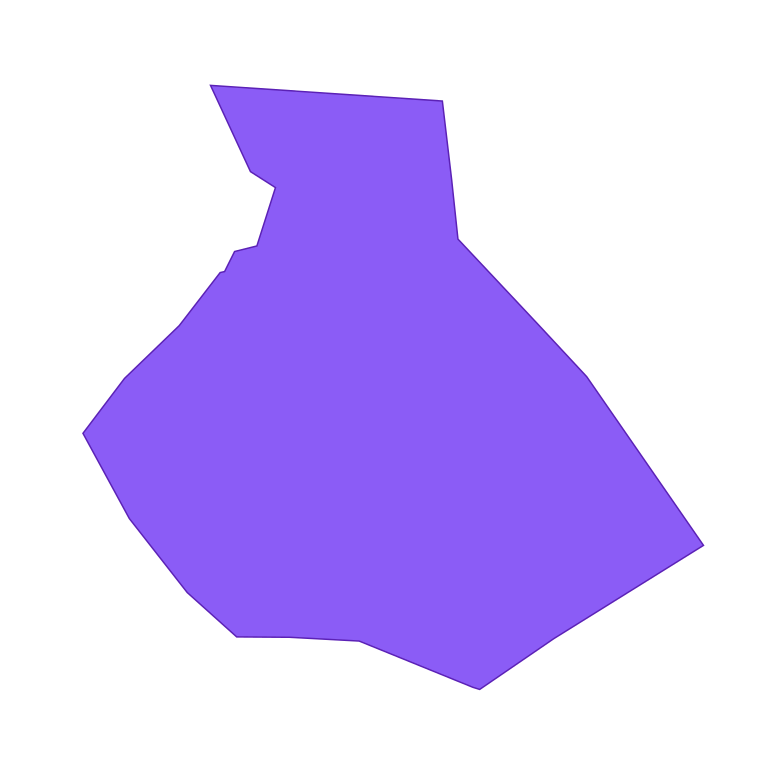 the district of Bayanjargalan, Dundgovi, Mongolia, rotated 265°
{"feature_id": "93677404B99801901120424", "entity_name": "Bayanjargalan", "entity_type": "district", "adm_level": 2, "iso_a3": "MNG", "parent_name": "Mongolia", "parent_adm1": "Dundgovi", "projection": "natural_earth1", "projection_center": [108.081, 45.774], "detail": "fine", "context": "isolated", "style": "filled", "palette": "violet", "viewbox_px": 768, "rotation_deg": 265, "n_neighbors": 0, "source": "geoboundaries", "source_scale": "gbopen_adm2", "svg_char_len": 479}
<svg xmlns="http://www.w3.org/2000/svg" viewBox="0 0 768 768"><g transform="rotate(265 384 384)"><path d="M412.2,126.0L361.1,79.8L272.1,118.6L193.4,169.8L144.9,215.2L139.9,268.0L130.1,336.8L82.3,430.1L74.1,446.1L71.4,452.7L115.6,531.1L195.4,688.2L373.6,586.6L430.7,542.1L521.9,470.3L581.6,469.2L660.8,466.8L696.6,237.2L607.2,269.5L589.1,293.0L532.6,269.4L529.0,246.7L509.9,235.0L509.3,230.5L460.0,185.1L412.2,126.0Z" fill="#8b5cf6" stroke="#5b21b6" stroke-width="1.5"/></g></svg>